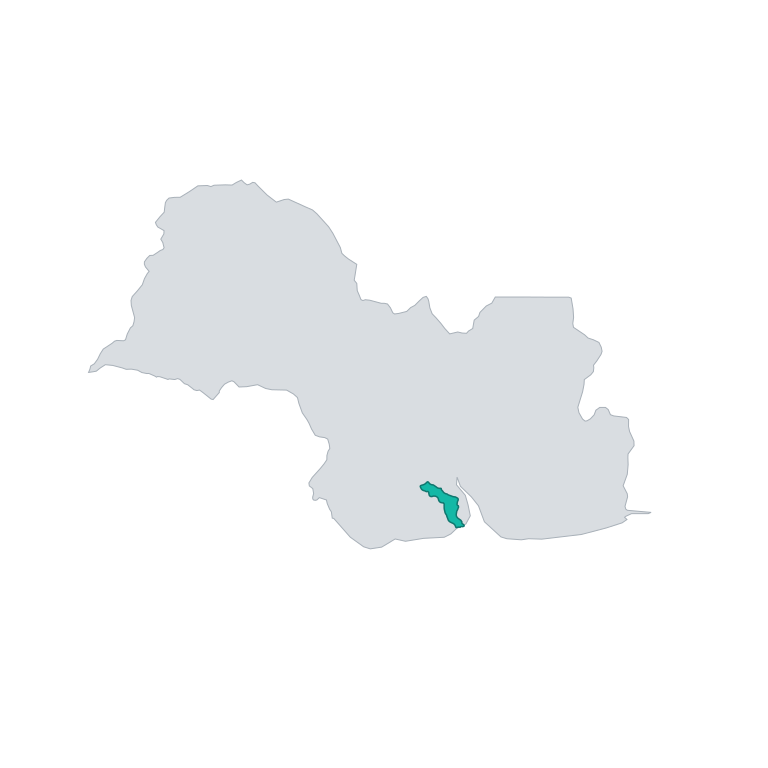 location of III-3 Lower West Demerara, Essequibo Islands-West Demerara, Guyana, rotated 132°
{"feature_id": "73187651B37275521975426", "entity_name": "III-3 Lower West Demerara", "entity_type": "district", "adm_level": 2, "iso_a3": "GUY", "parent_name": "Guyana", "parent_adm1": "Essequibo Islands-West Demerara", "projection": "mercator", "projection_center": [-58.314, 6.498], "detail": "fine", "context": "in_parent", "style": "filled", "palette": "teal", "viewbox_px": 768, "rotation_deg": 132, "n_neighbors": 0, "source": "geoboundaries", "source_scale": "gbopen_adm2", "svg_char_len": 5944}
<svg xmlns="http://www.w3.org/2000/svg" viewBox="0 0 768 768"><g transform="rotate(132 384 384)"><path d="M244.9,359.5L228.5,341.3L212.1,322.9L195.9,304.9L194.9,302.4L201.6,293.9L207.6,287.7L212.7,284.2L215.1,281.1L213.2,267.8L213.3,263.1L211.0,257.9L209.3,252.1L211.3,247.2L213.8,243.8L216.9,242.5L224.4,241.3L229.8,240.9L231.6,238.9L234.7,236.7L238.8,236.5L246.7,238.1L250.3,235.2L256.9,231.2L271.6,224.4L274.9,219.9L277.2,213.0L277.0,209.7L275.5,208.5L271.8,207.3L266.2,207.2L261.7,209.0L257.1,208.0L253.2,203.7L253.0,200.2L255.3,195.2L254.0,191.9L246.6,181.4L246.7,178.5L252.0,173.8L255.0,169.7L259.2,160.1L262.5,156.9L272.7,155.8L275.3,153.7L280.6,148.6L288.3,142.8L299.6,138.2L302.8,129.8L304.8,127.5L313.7,123.0L315.2,120.6L315.0,118.6L300.7,99.6L303.5,100.9L314.7,113.3L320.8,115.9L322.1,116.0L322.1,112.8L327.8,114.1L342.4,122.6L363.7,136.6L393.7,162.9L402.2,173.0L407.9,177.7L416.8,189.2L419.4,194.8L419.2,217.2L411.3,232.3L409.4,243.6L408.9,258.7L404.3,267.4L410.4,262.7L412.3,249.1L417.5,240.8L424.2,231.7L433.2,229.5L442.9,233.4L450.7,234.0L457.6,236.7L472.2,251.3L486.5,262.8L491.7,272.0L506.8,276.6L515.7,283.9L518.6,290.2L520.4,306.6L517.5,331.4L518.3,332.7L514.2,337.6L513.4,340.7L510.8,346.2L508.7,349.2L511.7,356.0L515.1,356.3L516.4,357.2L517.3,358.6L517.1,360.0L515.8,361.3L512.5,363.0L509.4,366.9L509.7,371.3L507.8,373.6L501.5,374.8L489.3,374.8L483.3,375.1L478.5,375.8L475.3,378.6L471.3,380.6L468.2,381.1L465.4,384.4L462.6,389.0L463.5,392.2L466.4,396.5L468.1,400.8L465.9,407.8L463.4,413.3L462.0,417.4L460.1,425.4L455.4,434.2L452.0,439.2L452.0,444.6L453.7,452.3L463.3,463.5L466.5,468.9L469.1,477.5L477.8,484.2L483.2,489.7L482.7,497.0L483.4,499.2L486.8,501.0L490.9,502.4L495.5,502.3L499.5,501.7L500.5,500.7L509.9,500.6L510.9,502.4L511.5,512.8L511.9,517.0L514.1,518.7L515.4,521.3L515.5,523.6L515.9,529.4L517.3,532.5L517.1,538.7L518.1,541.0L520.7,542.5L523.9,547.0L525.2,547.6L525.8,549.1L528.6,555.5L530.1,557.4L531.1,557.6L531.5,559.8L533.5,565.8L534.9,567.2L537.5,571.6L538.6,576.3L542.0,581.7L545.6,585.4L547.2,589.3L551.7,598.0L556.1,604.0L562.0,605.6L567.0,606.4L570.1,608.8L573.1,611.3L569.9,612.4L566.9,614.0L562.8,612.8L557.2,613.4L551.3,615.1L545.9,616.0L535.6,613.3L532.5,612.9L530.4,611.7L526.1,606.4L524.1,605.7L518.7,608.2L512.0,610.0L508.8,609.6L505.0,611.4L501.5,613.8L494.7,624.3L491.2,627.9L487.5,629.6L480.0,629.6L472.0,630.0L466.0,632.5L460.3,633.8L457.5,633.9L456.6,639.6L455.3,642.3L453.5,643.8L449.2,644.3L445.2,644.1L442.9,641.7L438.4,640.5L434.5,639.6L432.0,638.3L429.9,638.6L428.3,641.0L426.9,643.0L425.7,646.8L419.8,648.0L417.2,650.1L418.7,657.1L418.0,659.8L416.8,662.0L409.6,662.4L403.4,662.3L399.9,664.8L395.5,667.8L392.9,668.4L389.7,668.2L385.6,664.7L381.6,660.4L371.4,657.4L361.3,654.9L354.7,648.1L353.1,644.7L350.0,643.3L342.2,635.2L337.8,630.0L333.1,628.6L327.8,626.4L328.0,622.6L327.6,619.0L325.3,617.5L322.0,616.5L320.8,614.5L321.2,609.7L321.8,597.4L320.9,585.7L313.7,581.6L310.6,578.8L305.1,561.4L302.5,553.6L302.4,547.8L304.2,530.4L306.2,522.9L311.8,507.8L315.1,502.7L315.2,498.9L314.9,494.0L313.3,484.3L322.7,478.2L326.8,475.6L327.5,471.5L332.5,466.4L334.8,461.4L336.7,457.6L336.1,455.5L333.9,454.3L331.3,450.7L325.9,440.1L323.9,437.9L322.2,434.9L323.1,430.2L325.2,425.1L324.9,423.0L321.6,420.2L314.9,415.7L309.3,415.3L305.0,413.7L298.6,413.4L293.5,412.9L290.6,411.2L291.2,408.4L292.5,406.2L296.7,400.9L299.6,395.2L300.0,389.6L300.9,382.3L302.1,375.9L302.8,368.7L296.0,364.0L293.9,360.1L291.1,356.6L288.0,356.6L283.4,355.2L276.2,359.7L270.5,358.9L266.6,360.6L257.6,360.2L251.8,358.0L244.9,359.5Z" fill="#d9dde1" stroke="#a8b0b8" stroke-width="1"/><path d="M435.2,288.8L435.9,288.5L436.3,287.8L436.7,286.8L437.0,285.9L437.1,285.1L437.0,284.2L436.8,283.5L436.5,282.9L436.2,282.4L436.0,281.7L435.8,280.9L435.5,280.3L434.8,279.8L434.4,279.2L434.6,278.5L434.9,277.8L435.5,277.3L435.9,276.6L436.3,276.1L436.6,275.3L436.5,274.6L436.3,273.9L435.9,273.4L435.2,272.8L434.5,272.5L433.8,271.8L433.4,271.3L433.0,270.8L432.7,270.0L432.5,269.2L432.5,268.3L432.6,267.6L433.1,266.6L433.6,266.0L434.0,265.1L434.2,264.5L434.3,263.7L434.2,262.9L434.0,262.3L433.6,261.7L433.3,261.1L432.7,260.5L432.7,259.8L432.9,259.1L433.5,258.4L434.2,257.9L434.7,257.4L435.1,257.0L435.7,256.5L436.1,256.1L436.6,255.5L437.1,254.9L437.4,254.4L437.8,253.8L438.2,253.2L438.7,252.6L439.0,251.9L439.3,251.1L439.4,250.4L439.6,249.8L440.0,249.2L440.4,248.5L440.8,247.8L441.1,247.1L441.5,246.3L442.0,245.5L442.3,244.6L442.4,243.9L442.4,243.3L442.3,242.5L442.1,241.8L441.9,241.0L441.6,240.1L441.4,239.5L441.2,238.4L441.3,237.7L441.4,237.0L441.6,236.2L442.3,235.1L442.4,234.3L441.5,233.6L440.1,232.5L439.6,231.6L438.7,231.5L438.1,231.1L437.3,230.0L436.3,229.5L435.3,229.5L435.1,229.4L435.2,229.5L435.4,229.9L435.3,230.7L435.3,231.5L435.5,232.3L435.3,233.0L434.8,233.5L434.3,234.0L434.2,234.7L433.9,235.4L433.9,236.1L434.0,236.9L434.1,237.8L434.2,238.7L434.3,239.6L434.1,240.4L434.0,241.2L433.7,241.9L433.2,242.4L432.7,243.0L432.0,243.4L431.5,243.8L430.8,244.2L430.2,244.6L429.4,245.0L428.7,245.1L427.9,245.3L427.3,245.6L426.6,245.9L425.6,246.2L425.2,246.7L424.8,247.3L425.0,248.0L424.9,248.7L424.4,249.4L423.8,249.7L423.1,250.2L422.4,250.6L421.7,250.9L420.9,251.1L420.3,251.5L419.8,252.0L419.6,252.7L419.7,253.5L419.9,254.1L420.0,254.8L420.2,255.4L420.7,256.1L421.2,256.9L421.7,257.7L421.9,258.4L422.2,259.1L422.5,259.9L422.8,260.5L423.0,261.1L423.3,261.7L423.5,262.6L423.5,263.3L423.8,264.0L424.2,264.6L424.4,265.2L424.6,266.1L424.7,266.9L424.6,267.7L424.4,268.5L424.3,269.4L424.2,270.3L423.9,271.0L423.4,271.6L423.7,272.2L424.3,272.8L424.7,273.3L425.2,274.2L425.5,275.1L425.5,276.0L425.6,276.8L425.7,277.6L425.8,278.3L425.9,279.1L426.1,280.0L426.7,280.8L427.1,281.5L427.3,282.1L427.5,282.9L427.5,283.6L427.4,284.3L427.2,285.3L427.4,286.0L427.9,286.4L428.6,286.3L429.5,286.5L430.2,286.6L431.1,286.7L431.8,287.0L432.4,287.3L433.0,287.6L433.6,288.0L434.2,288.4L435.2,288.8Z" fill="#14b8a6" stroke="#0f766e" stroke-width="1.5"/></g></svg>